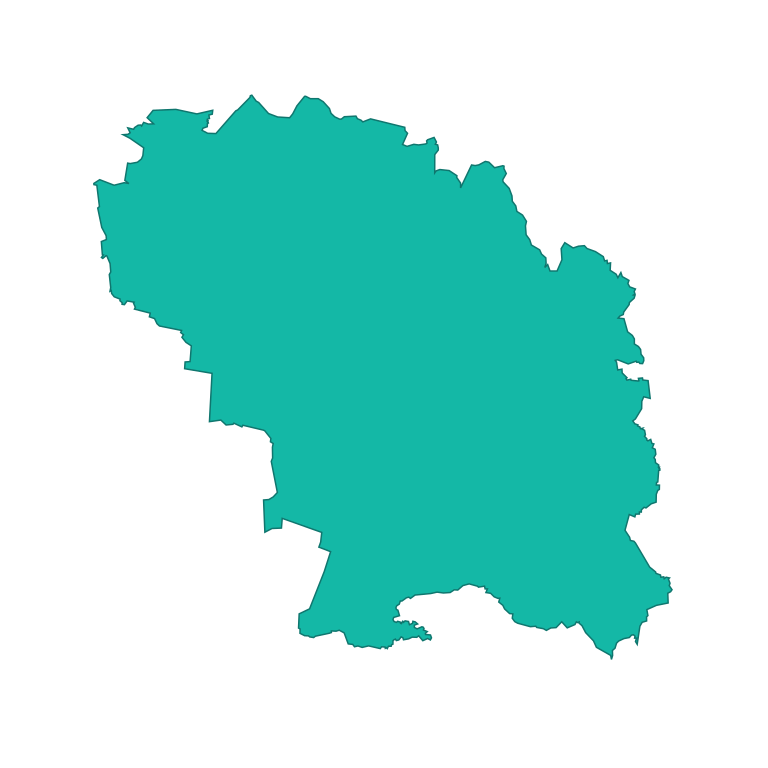 Encarnación de Díaz, Jalisco, Mexico (Albers equal-area conic projection), rotated 262°
{"feature_id": "50627088B17242073021011", "entity_name": "Encarnación de Díaz", "entity_type": "district", "adm_level": 2, "iso_a3": "MEX", "parent_name": "Mexico", "parent_adm1": "Jalisco", "projection": "albers", "projection_center": [-102.263, 21.568], "detail": "fine", "context": "isolated", "style": "filled", "palette": "teal", "viewbox_px": 768, "rotation_deg": 262, "n_neighbors": 0, "source": "geoboundaries", "source_scale": "gbopen_adm2", "svg_char_len": 6156}
<svg xmlns="http://www.w3.org/2000/svg" viewBox="0 0 768 768"><g transform="rotate(262 384 384)"><path d="M148.8,266.1L145.8,270.4L145.1,274.2L143.9,275.2L142.7,279.1L143.8,280.9L144.8,295.1L145.2,297.3L146.8,297.5L145.9,302.1L146.4,305.4L143.1,309.9L131.6,312.4L130.5,316.8L127.9,318.2L128.2,321.8L126.2,325.7L126.8,332.3L122.5,343.5L124.1,345.0L123.4,348.4L122.1,348.5L122.6,349.5L121.5,350.4L123.7,351.9L123.3,354.6L124.9,355.3L125.1,356.6L128.6,357.2L129.3,358.2L129.8,359.8L128.2,360.5L128.5,363.1L131.2,365.8L130.1,367.4L128.0,367.7L128.2,372.9L129.4,376.7L128.6,381.2L129.8,383.3L124.4,386.7L125.9,391.8L124.1,394.3L126.0,395.7L129.0,395.1L130.2,390.3L131.4,390.3L132.8,392.4L134.9,388.8L136.4,389.6L137.8,388.9L138.3,387.7L136.9,382.7L138.7,380.2L141.0,380.5L141.7,383.9L144.1,381.8L145.0,379.6L143.0,378.9L142.1,375.7L145.4,375.2L146.5,371.9L145.3,370.2L146.4,369.6L144.3,367.9L144.7,367.1L145.7,367.5L147.1,364.5L146.2,363.1L147.4,360.9L149.5,360.1L151.5,361.1L152.4,367.1L158.1,366.3L159.0,364.9L160.7,364.6L162.6,365.7L163.9,368.5L166.8,369.9L166.6,371.6L169.2,376.5L169.5,378.8L168.0,380.4L170.7,385.4L170.0,401.1L170.5,407.6L168.8,413.7L168.3,420.5L170.4,424.9L169.7,428.4L173.4,434.1L174.2,440.5L170.7,448.6L169.7,449.2L169.8,455.4L167.0,455.6L166.7,457.9L163.3,455.9L161.9,460.5L157.9,463.5L155.9,466.9L155.8,468.9L152.1,467.3L148.3,470.9L144.5,472.1L139.2,476.4L138.4,479.6L134.2,478.4L130.5,480.4L128.5,483.1L123.3,495.2L123.0,500.6L121.7,501.3L119.5,507.8L117.4,510.5L119.2,515.2L118.8,520.5L123.8,526.9L117.0,531.5L119.2,539.6L121.7,541.4L120.8,542.4L121.2,544.2L120.0,543.9L117.2,546.4L109.7,549.1L100.5,555.7L93.7,557.7L83.7,570.7L79.6,570.9L83.3,572.6L88.3,573.1L90.2,576.0L95.0,578.2L96.8,580.6L98.5,586.2L98.8,591.7L100.8,594.0L101.0,596.1L99.3,597.5L97.5,596.8L97.2,598.7L94.0,597.2L91.0,598.5L108.5,603.7L112.1,606.5L112.8,611.1L116.9,611.6L117.9,613.1L124.0,612.9L126.9,623.0L127.6,634.9L137.3,635.9L138.4,638.9L140.2,640.6L144.6,638.4L146.9,639.5L151.3,638.5L152.2,639.7L153.4,636.5L152.2,634.4L154.1,634.2L154.1,631.3L156.4,631.2L158.6,627.0L160.1,626.8L165.7,621.6L191.5,610.9L193.5,609.6L194.8,606.2L198.0,605.9L205.6,602.3L220.6,608.7L217.5,613.9L220.1,615.1L219.7,618.8L221.7,619.1L221.4,621.0L223.6,621.4L225.7,624.4L224.8,626.2L228.2,632.0L229.1,637.0L236.9,638.3L240.5,640.3L241.3,642.0L245.5,642.7L246.1,639.6L248.6,640.2L248.9,641.5L260.3,644.0L260.2,645.1L261.6,645.4L262.2,644.6L263.3,645.2L263.4,644.2L265.5,644.8L268.3,641.9L271.6,642.1L273.4,641.0L276.6,643.4L281.6,643.5L283.5,640.8L287.1,642.9L287.9,641.0L292.0,640.4L291.0,637.4L292.0,636.4L293.1,636.7L296.0,634.7L297.3,635.8L301.9,635.6L303.5,633.3L304.2,634.1L304.0,631.7L305.9,631.4L307.1,629.3L308.2,629.8L309.6,626.9L312.8,625.2L314.4,628.1L323.7,635.7L331.0,636.9L335.2,639.4L332.7,645.6L350.6,646.0L351.9,640.9L354.0,640.8L354.2,636.7L351.7,636.9L351.6,636.1L353.3,629.2L354.4,629.0L354.0,625.1L355.7,624.4L356.4,625.5L361.8,621.4L365.6,621.7L365.4,617.4L373.3,617.3L375.2,616.3L375.5,618.7L369.9,628.6L371.5,636.9L370.3,637.3L370.2,639.4L368.7,640.2L368.2,642.9L370.9,644.5L373.8,644.8L377.7,642.7L382.5,642.9L385.7,641.2L388.8,637.5L393.8,638.2L397.5,636.7L401.8,632.5L415.3,630.7L416.7,625.0L418.4,626.9L419.5,630.6L421.9,631.4L428.5,637.8L430.5,638.3L434.1,643.6L436.9,644.9L437.4,643.5L438.1,645.1L440.7,644.6L443.1,646.2L446.0,640.8L449.6,639.5L452.5,641.0L457.2,634.9L461.4,634.1L456.7,630.4L460.4,629.2L465.1,623.8L472.4,625.2L472.2,622.0L475.4,622.1L475.2,619.6L479.6,618.9L485.7,611.8L489.9,603.9L493.1,601.7L493.4,595.8L492.4,590.2L498.8,582.7L493.4,578.3L482.3,577.5L471.8,571.1L472.8,564.1L479.5,562.7L477.0,559.4L480.9,561.3L486.4,561.8L490.7,558.1L495.2,556.8L501.1,549.3L506.6,548.4L512.0,545.5L520.9,546.1L525.2,547.7L532.0,544.7L536.4,539.6L542.0,539.3L547.1,536.5L552.5,536.9L560.3,535.2L567.6,530.1L569.7,530.0L575.4,534.4L580.7,532.7L583.0,533.2L583.6,532.1L582.8,523.6L589.1,518.7L590.3,515.3L587.8,508.4L587.6,504.7L588.7,501.2L567.5,487.1L572.3,487.8L578.5,484.7L580.1,485.2L586.3,478.2L588.6,469.1L587.8,465.3L586.0,463.6L604.1,466.2L608.1,470.3L610.1,470.6L613.3,470.4L614.3,468.2L616.3,469.6L621.2,467.9L619.8,461.2L618.8,460.0L616.7,460.2L615.9,458.8L615.9,451.5L617.2,446.9L616.1,439.9L618.6,435.7L629.0,442.2L632.0,440.1L635.3,440.3L648.4,407.6L646.5,399.5L648.4,398.0L650.4,394.6L653.2,393.5L654.2,381.9L652.3,378.7L652.4,377.0L655.4,372.4L659.4,369.2L664.4,368.3L672.0,363.1L675.7,358.6L676.8,350.8L679.8,346.5L679.9,345.4L671.6,336.5L664.2,331.2L660.8,327.6L663.2,315.9L667.9,307.3L680.2,299.1L681.9,296.8L688.4,293.3L688.1,291.8L686.4,291.1L675.8,277.3L675.1,275.2L655.4,252.4L656.8,244.3L660.5,239.1L662.5,240.3L663.4,244.8L666.5,245.4L667.1,247.0L667.1,245.6L669.0,246.4L669.0,245.4L670.8,245.9L671.2,248.1L674.7,248.0L675.1,251.5L678.9,252.5L677.5,236.3L684.9,216.1L687.1,193.4L680.7,186.5L673.7,192.1L674.2,186.8L676.5,182.4L673.2,179.9L674.3,179.2L674.5,176.5L672.6,172.6L671.1,171.5L673.3,165.9L668.1,167.6L666.9,165.3L667.2,160.3L662.8,166.5L651.4,178.9L643.7,177.0L640.6,175.1L637.9,170.7L637.6,163.4L638.4,160.9L621.7,155.7L618.0,159.3L619.5,154.8L618.4,144.4L625.9,130.9L623.0,124.6L621.8,124.5L620.8,127.3L599.3,126.9L598.1,125.0L578.3,126.3L569.5,129.5L565.7,129.2L564.4,123.9L551.2,123.1L550.8,124.1L548.6,121.8L547.5,123.0L549.8,126.7L549.3,127.4L541.4,129.5L533.0,129.0L530.6,127.2L517.5,126.8L514.0,125.6L514.5,126.9L511.5,126.9L507.9,129.0L504.8,134.5L503.2,134.1L501.0,136.0L499.4,135.7L498.7,138.0L502.0,141.2L499.8,147.9L499.0,147.2L494.6,148.4L492.9,147.3L486.7,162.4L483.2,161.0L480.7,165.9L475.3,167.6L472.7,169.7L465.2,191.0L463.2,189.8L460.7,192.3L458.4,190.4L452.8,193.7L448.6,198.5L433.2,195.1L433.5,190.1L426.9,188.7L418.5,215.2L371.0,205.9L371.0,217.4L365.4,221.9L365.1,228.8L366.1,229.9L361.3,237.3L362.8,238.5L355.2,257.9L354.4,259.3L345.8,264.4L342.6,263.5L340.5,266.0L336.9,264.7L326.2,263.4L323.1,261.6L291.4,263.3L287.6,258.6L285.6,253.9L285.9,248.6L253.8,245.4L256.5,253.0L255.6,262.4L265.1,264.5L245.7,301.7L236.3,299.3L231.5,296.8L225.4,307.8L206.5,298.7L171.7,279.0L168.2,268.0L154.2,265.4L153.1,266.8L148.8,266.1Z" fill="#14b8a6" stroke="#0f766e" stroke-width="1.5"/></g></svg>